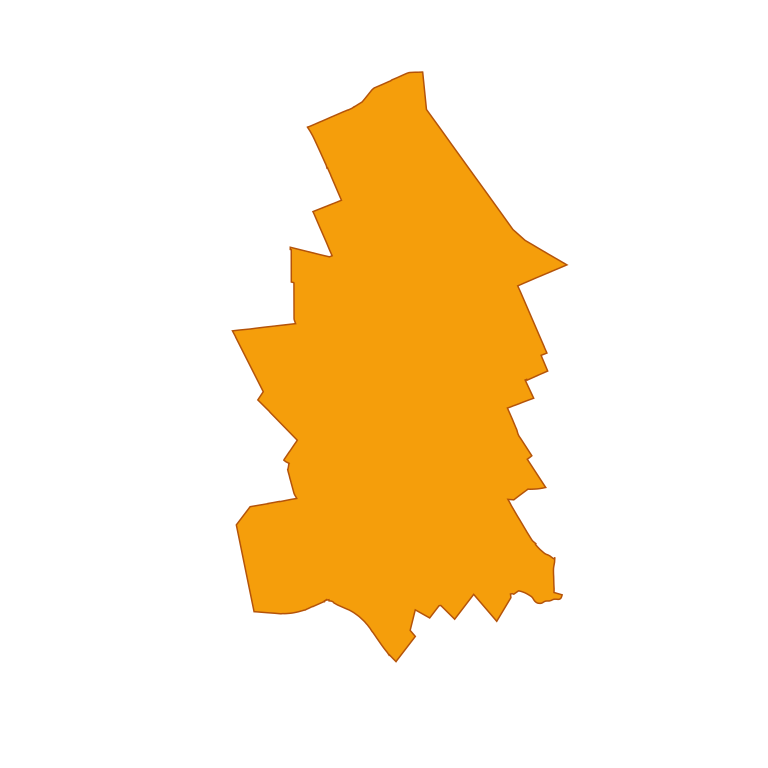 outline of Hoogeveen, Drenthe, Netherlands, rotated 244°
{"feature_id": "6326949B96406683138196", "entity_name": "Hoogeveen", "entity_type": "district", "adm_level": 2, "iso_a3": "NLD", "parent_name": "Netherlands", "parent_adm1": "Drenthe", "projection": "equal_earth", "projection_center": [6.501, 52.728], "detail": "fine", "context": "isolated", "style": "filled", "palette": "amber", "viewbox_px": 768, "rotation_deg": 244, "n_neighbors": 0, "source": "geoboundaries", "source_scale": "gbopen_adm2", "svg_char_len": 5859}
<svg xmlns="http://www.w3.org/2000/svg" viewBox="0 0 768 768"><g transform="rotate(244 384 384)"><path d="M548.0,359.7L546.0,358.7L545.3,359.5L516.3,345.4L514.8,347.2L514.7,347.3L514.4,347.3L514.2,347.3L504.9,342.8L483.2,332.3L482.4,331.9L482.0,331.8L481.6,331.6L480.8,331.4L480.4,331.4L477.0,331.0L487.5,301.4L490.6,292.4L492.1,287.8L494.1,282.5L496.0,277.4L498.2,271.1L491.6,271.3L491.2,271.2L463.6,271.6L430.0,272.1L425.0,263.6L409.5,269.0L408.8,269.1L406.9,269.7L371.5,281.4L370.4,279.6L369.2,277.4L368.4,276.0L368.3,275.8L365.1,270.3L364.4,268.9L362.5,265.6L362.3,265.3L360.1,261.4L359.9,261.1L359.4,260.6L357.2,261.7L356.9,261.9L354.3,263.9L354.2,263.7L351.4,261.7L349.9,260.6L349.5,260.3L349.5,260.0L349.3,259.9L349.2,259.9L347.1,259.4L343.2,258.7L341.1,258.2L337.2,257.5L334.8,257.0L334.6,257.0L325.3,255.2L324.7,255.2L324.0,255.1L322.6,255.2L320.2,255.4L319.4,255.4L321.1,249.6L321.2,249.2L323.5,240.4L324.1,238.5L324.3,238.5L324.9,236.4L326.1,232.0L327.4,227.6L327.2,227.6L328.7,222.5L332.4,209.9L322.1,189.5L236.3,167.4L235.7,168.5L234.9,169.9L229.8,178.5L226.2,184.7L225.3,186.2L222.7,190.5L222.0,192.4L221.1,194.1L220.3,196.0L219.6,197.8L218.9,199.6L218.3,201.4L217.8,203.2L217.2,205.5L216.8,207.2L216.5,208.9L216.1,211.0L215.8,212.8L215.6,213.6L215.5,213.8L215.4,214.0L215.5,215.6L215.4,217.3L215.4,219.0L215.4,222.2L215.1,222.4L215.1,223.5L214.7,234.7L214.7,234.8L214.4,235.1L214.8,235.7L215.2,235.6L215.2,236.5L215.1,237.1L215.0,237.7L215.4,237.7L215.4,238.0L214.8,238.0L214.3,239.9L214.1,239.8L213.2,239.5L212.6,240.5L212.2,241.1L211.7,241.8L211.3,242.1L210.9,242.4L210.6,242.6L210.2,242.8L209.9,242.9L208.7,243.2L208.2,243.8L207.0,244.5L206.2,245.1L205.5,245.6L197.5,252.4L196.4,253.4L195.2,254.3L193.9,255.2L192.7,256.0L191.4,256.8L188.8,258.2L187.3,259.0L185.9,259.7L184.4,260.3L182.8,260.9L181.3,261.5L179.7,262.1L178.1,262.6L176.4,263.0L174.8,263.5L172.2,264.0L170.4,264.4L169.1,264.5L166.8,264.8L166.0,265.0L165.3,265.2L163.6,265.4L163.2,265.5L159.8,266.0L159.6,266.0L151.9,267.2L149.5,267.6L147.2,268.0L145.2,268.4L143.4,268.8L141.2,269.3L138.1,269.7L138.3,270.1L136.1,270.8L133.0,271.8L131.0,272.5L129.2,273.1L129.6,273.8L143.4,301.5L151.1,299.5L167.3,313.1L153.7,322.5L155.5,326.1L160.6,336.3L160.3,337.3L160.0,338.0L141.6,344.4L155.6,372.4L121.3,381.3L136.2,404.2L136.5,404.5L139.8,405.6L139.3,407.4L138.2,408.5L139.1,414.3L137.5,416.3L136.7,417.1L136.0,417.8L134.6,419.1L132.9,420.4L131.7,421.2L130.8,421.8L129.2,422.8L128.9,423.0L128.6,423.1L128.1,423.4L127.4,423.6L126.7,423.8L125.9,423.9L123.8,424.1L123.4,424.2L122.8,424.3L122.3,424.5L121.3,424.9L120.5,425.4L120.0,425.8L119.6,426.2L119.4,426.4L119.0,427.1L118.7,427.6L118.5,427.9L118.2,428.6L118.1,429.0L118.0,429.3L117.9,430.1L117.9,430.5L117.9,430.8L118.0,431.0L118.1,432.1L118.1,432.4L118.1,432.9L118.1,433.6L118.0,434.1L117.8,434.6L117.6,435.2L116.9,436.6L116.6,437.2L116.5,437.6L116.4,438.2L116.3,438.8L116.2,439.4L116.2,439.6L116.2,440.8L116.2,441.4L116.2,441.7L116.0,442.2L116.0,442.5L115.6,443.4L115.1,444.4L115.0,444.6L114.0,446.2L113.9,446.5L113.8,446.8L113.7,447.3L113.6,447.8L113.7,448.0L113.8,448.7L113.9,449.0L114.0,449.2L114.2,449.4L114.4,449.7L114.8,450.2L115.1,450.5L116.4,451.7L122.1,445.4L122.7,445.7L124.2,446.5L125.4,447.1L129.4,448.8L136.4,452.0L139.0,453.1L142.0,454.5L143.9,455.5L145.0,456.2L148.3,458.6L149.1,459.2L151.1,460.3L153.3,461.6L153.0,461.1L152.2,460.5L152.3,460.2L152.5,460.1L153.2,459.5L155.6,458.3L156.2,458.0L156.8,457.7L157.3,457.3L157.9,456.9L158.9,456.1L159.4,455.5L160.0,455.0L161.3,454.1L163.3,453.2L167.1,451.6L167.8,451.4L170.6,450.5L173.3,449.8L173.8,450.5L177.8,448.8L178.0,448.7L180.2,448.4L189.0,447.5L189.7,447.5L190.5,447.4L201.7,446.5L206.9,446.0L219.1,445.1L221.3,445.1L226.0,444.8L223.0,449.9L224.1,455.2L226.4,467.3L225.8,468.4L225.3,469.3L224.8,470.4L224.4,471.3L223.5,473.4L222.6,475.6L222.0,477.3L221.6,478.5L221.3,479.6L220.9,480.8L220.5,482.5L220.1,484.0L222.3,483.7L231.9,482.5L253.6,479.8L253.9,481.6L254.3,483.8L254.7,485.4L274.6,483.0L277.8,482.5L278.5,482.5L279.1,482.5L280.0,482.5L281.6,482.7L284.1,483.2L285.2,483.3L287.7,483.4L290.9,483.6L292.8,483.7L295.8,483.9L308.3,484.4L307.9,487.6L307.7,490.5L307.4,493.0L307.0,497.3L306.9,499.0L306.7,501.5L306.2,506.7L305.6,512.3L325.7,512.6L325.6,514.3L324.7,514.2L324.3,527.5L323.9,536.8L338.5,537.6L340.9,537.8L340.4,544.0L346.4,544.2L347.0,544.3L360.7,544.9L367.0,545.2L406.4,547.0L413.6,547.2L413.5,548.8L413.4,551.4L413.3,554.3L413.2,556.0L412.9,562.4L412.7,567.2L412.3,574.2L411.7,585.4L410.9,600.6L426.3,590.3L427.9,589.2L451.2,573.8L453.6,572.8L466.3,567.6L489.9,563.6L511.4,559.9L529.7,556.7L541.9,554.6L570.8,549.6L576.9,548.6L588.7,546.6L612.1,542.5L647.4,555.5L647.6,555.2L648.1,554.0L649.1,551.7L650.5,548.8L650.6,548.6L652.4,544.4L652.5,544.1L652.9,543.1L653.0,542.2L653.1,541.8L653.2,541.1L653.3,538.8L653.4,536.2L653.6,529.2L653.7,528.1L653.7,527.8L653.7,527.7L653.8,525.3L653.9,525.1L653.9,524.4L653.8,524.2L653.8,523.9L653.7,523.3L653.6,523.2L653.6,522.8L653.6,521.9L653.7,521.3L653.9,515.2L654.4,504.9L654.1,503.9L654.0,503.2L653.8,502.6L653.6,502.0L648.8,491.8L647.4,488.7L647.3,488.4L647.0,487.6L647.0,487.0L646.9,486.2L646.7,483.8L646.1,478.6L646.3,478.6L646.2,477.8L645.9,476.7L645.9,476.2L645.9,474.2L646.0,472.0L645.9,471.9L646.1,471.5L646.2,471.4L646.3,469.2L646.5,466.5L646.6,463.8L647.1,453.3L647.3,447.4L647.4,445.4L647.4,445.0L647.5,442.9L647.6,441.9L648.0,432.2L648.2,429.1L648.3,428.8L648.4,428.6L648.4,427.8L645.2,428.2L643.4,428.4L641.7,428.5L639.9,428.6L638.2,428.7L636.4,428.7L634.5,428.7L621.0,428.4L608.1,428.0L607.1,428.0L605.8,427.9L604.5,427.7L603.0,427.4L603.0,428.0L601.3,427.9L594.9,427.7L594.7,427.6L567.8,426.3L568.6,415.7L570.1,395.7L568.8,395.7L568.0,395.7L553.3,395.0L536.4,394.3L528.0,393.8L522.0,393.6L522.2,391.0L522.2,390.7L527.9,383.7L548.0,359.7Z" fill="#f59e0b" stroke="#b45309" stroke-width="1.5"/></g></svg>